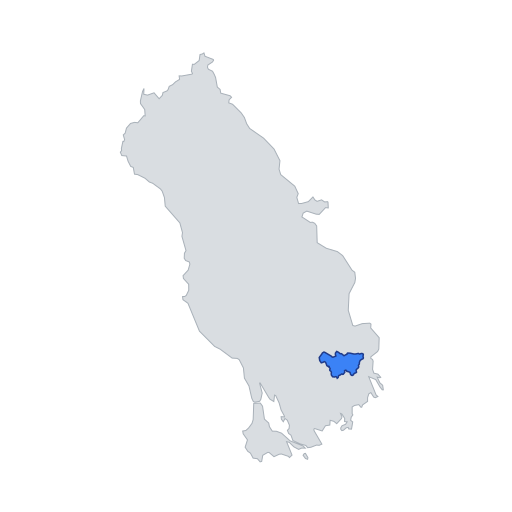 where Denizli sits in Turkey, rotated 248°
{"feature_id": "TUR-2274", "entity_name": "Denizli", "entity_type": "Province", "adm_level": 1, "iso_a3": "TUR", "parent_name": "Turkey", "parent_adm1": "", "projection": "orthographic", "projection_center": [29.199, 37.681], "detail": "fine", "context": "in_parent", "style": "filled", "palette": "blue", "viewbox_px": 512, "rotation_deg": 248, "n_neighbors": 0, "source": "natural_earth", "source_scale": "10m", "svg_char_len": 5171}
<svg xmlns="http://www.w3.org/2000/svg" viewBox="0 0 512 512"><g transform="rotate(248 256 256)"><path d="M377.4,174.0L384.1,175.4L386.0,173.4L391.8,172.9L397.2,173.4L399.4,169.2L403.1,169.1L404.1,170.9L406.0,171.4L412.1,175.5L411.6,176.2L413.2,177.8L418.0,178.3L418.9,180.7L423.1,183.8L425.9,189.3L425.4,193.5L423.8,196.3L428.1,204.5L427.4,205.7L433.5,207.7L440.6,206.0L443.1,206.9L451.1,212.5L453.3,214.9L448.0,212.5L445.8,215.7L445.5,222.6L438.1,225.1L440.0,229.3L442.4,231.0L442.4,235.2L443.2,236.8L445.8,239.1L446.1,242.9L447.6,246.6L448.4,251.3L451.8,252.2L450.7,254.7L448.6,264.8L449.0,265.5L451.5,265.3L457.6,268.9L456.8,270.5L458.5,276.5L463.8,279.6L463.4,281.8L463.8,283.8L460.3,283.5L454.2,290.0L453.4,290.0L452.2,288.3L451.1,282.9L449.2,281.7L447.0,281.8L443.6,284.9L440.2,285.3L436.7,285.4L427.1,283.4L423.9,285.1L420.2,284.3L414.3,292.0L412.3,292.8L410.9,289.6L408.2,288.1L405.5,291.1L394.2,295.9L388.8,297.1L382.0,296.9L376.6,297.9L362.4,307.2L348.4,312.8L335.4,313.9L327.9,309.9L322.2,309.4L306.2,318.1L298.0,318.5L295.1,315.8L288.7,315.1L287.6,318.0L286.8,324.9L289.4,330.9L285.9,331.6L283.8,333.1L283.5,337.8L280.4,339.9L279.5,342.8L278.9,342.9L273.5,341.0L274.8,338.6L270.9,330.2L272.3,327.4L278.6,319.9L278.1,315.8L275.0,313.2L266.8,318.9L266.2,321.0L264.3,322.7L261.1,323.5L245.4,317.7L236.8,324.1L229.6,333.1L223.9,336.5L206.9,339.7L203.9,341.5L198.0,339.9L194.4,337.7L186.2,328.2L171.1,321.2L155.3,319.7L153.9,321.6L153.5,329.2L151.1,336.3L149.8,337.1L146.3,335.4L134.1,339.6L123.7,335.0L121.9,333.0L119.5,324.7L118.0,324.1L116.4,325.3L114.6,325.2L107.2,321.6L103.2,321.4L100.8,324.8L96.8,326.2L96.7,325.2L98.3,323.0L92.1,323.3L88.7,325.0L84.2,323.9L84.6,322.9L88.2,321.9L96.6,320.7L101.9,315.3L82.1,315.3L80.1,316.4L79.9,313.6L81.1,312.3L86.3,311.3L86.0,309.0L82.9,306.4L79.4,305.0L78.0,299.0L76.2,297.4L76.5,296.6L79.7,295.6L80.5,291.3L80.0,288.6L73.8,286.1L72.4,286.3L70.9,283.9L68.2,282.2L65.9,283.5L59.7,279.7L60.9,277.2L62.5,277.3L62.9,275.3L61.7,271.9L61.9,270.2L63.3,269.7L64.8,270.1L66.4,272.2L66.4,276.0L68.1,278.4L69.3,276.1L72.2,277.4L77.4,276.4L78.4,275.4L74.6,275.4L73.3,274.4L70.3,268.0L73.5,266.3L75.9,263.2L71.6,261.1L72.6,256.8L69.0,251.8L74.1,245.7L73.8,244.8L72.3,244.4L56.9,246.6L56.8,243.7L58.0,241.3L58.1,235.3L58.9,232.1L61.7,231.2L65.3,226.5L71.1,221.1L76.8,221.3L79.2,219.8L82.6,219.8L83.6,222.0L86.6,223.6L92.0,223.5L94.5,222.0L92.1,219.2L95.2,218.4L97.6,219.1L96.2,222.1L96.9,222.4L103.9,221.6L111.1,222.4L119.1,222.0L120.1,221.1L114.4,218.0L118.0,215.3L120.1,214.8L136.7,212.3L136.8,211.7L126.6,210.4L121.3,206.8L119.9,204.9L120.9,200.2L122.1,199.0L125.7,198.8L138.2,200.8L147.1,199.5L156.9,202.4L166.2,201.6L168.1,200.2L170.3,195.6L183.1,187.8L187.6,183.8L207.5,175.4L237.7,175.2L242.8,171.9L245.9,172.7L245.2,174.7L245.5,176.5L249.4,180.8L255.0,183.0L262.3,180.3L265.1,181.0L268.3,187.8L273.3,191.7L275.5,191.9L278.1,189.1L280.8,188.6L285.4,190.7L287.2,193.1L302.0,194.7L305.2,196.6L315.2,197.8L336.2,190.5L344.5,193.0L351.2,193.3L354.0,192.5L362.2,187.4L364.6,184.8L369.7,182.2L375.8,176.8L377.4,174.0ZM98.7,178.1L98.0,181.2L99.3,184.7L102.3,189.6L105.4,192.1L120.2,198.7L118.0,204.9L114.3,205.8L101.6,202.7L96.4,205.2L92.7,204.5L87.5,205.5L85.9,209.2L82.2,213.3L71.8,218.4L62.2,228.5L59.4,229.7L60.8,226.3L60.7,223.1L64.9,219.6L70.8,217.0L72.4,214.8L57.9,214.8L56.6,211.5L58.1,211.0L62.9,205.4L63.5,203.2L63.2,197.5L69.0,194.5L69.5,193.2L68.7,187.6L63.4,184.3L63.6,182.7L67.5,181.4L69.7,177.6L75.3,177.0L78.0,175.2L82.8,174.3L88.7,179.2L95.9,177.5L98.7,178.1ZM54.5,227.9L49.6,228.6L48.2,227.7L49.7,226.0L53.6,225.0L54.7,226.7L54.5,227.9Z" fill="#d9dde1" stroke="#a8b0b8" stroke-width="1"/><path d="M112.2,285.5L113.2,285.5L114.1,285.1L114.4,284.4L114.3,283.7L115.3,281.8L117.3,281.3L118.6,281.6L119.8,282.3L121.0,282.3L122.1,281.6L122.9,281.7L123.6,282.5L124.3,282.5L125.0,282.3L125.3,282.1L125.6,282.0L126.1,282.4L126.4,282.3L126.7,281.8L126.7,281.4L127.8,280.6L129.3,280.7L131.0,280.7L131.8,280.4L132.5,279.8L132.3,278.2L132.5,276.5L135.2,275.9L138.2,276.6L140.6,280.5L141.2,281.2L141.5,283.0L140.9,283.7L135.1,288.2L134.4,288.6L133.7,288.8L133.3,289.6L133.3,292.5L133.9,292.7L134.9,292.7L135.2,292.8L135.8,293.1L136.1,293.2L136.3,293.4L137.3,295.1L135.8,296.4L134.9,296.9L134.5,297.1L133.9,297.5L133.6,298.1L133.4,298.7L130.6,300.2L130.6,300.9L130.8,301.7L130.8,302.8L131.0,303.8L131.3,303.8L131.5,304.0L131.7,304.6L131.6,304.8L130.7,306.8L128.5,310.0L127.9,311.4L127.6,312.8L127.4,314.3L126.3,315.2L126.2,317.0L125.9,317.7L125.5,318.3L124.7,318.7L122.5,317.5L121.3,317.4L120.7,316.8L120.6,316.4L120.6,315.5L120.4,314.4L120.1,313.4L118.8,312.1L117.1,311.3L116.9,311.0L116.5,310.3L116.2,310.0L114.6,309.7L113.8,308.6L113.5,307.4L112.9,306.2L111.8,305.8L111.1,305.8L110.5,305.6L110.3,304.8L110.3,304.0L110.4,303.4L110.1,302.9L110.0,302.5L109.8,302.1L109.6,302.0L109.4,301.9L109.1,300.8L109.6,299.8L111.1,299.3L112.8,299.6L114.0,298.5L115.0,297.0L115.9,297.0L116.5,296.5L116.6,295.7L116.4,295.1L115.0,294.8L114.5,294.1L114.2,293.4L113.7,292.7L113.8,292.0L114.3,291.6L114.5,291.1L114.1,289.4L114.2,288.4L113.9,287.6L112.7,286.8L112.4,286.2L112.2,285.5Z" fill="#3b82f6" stroke="#1e3a8a" stroke-width="1.5"/></g></svg>